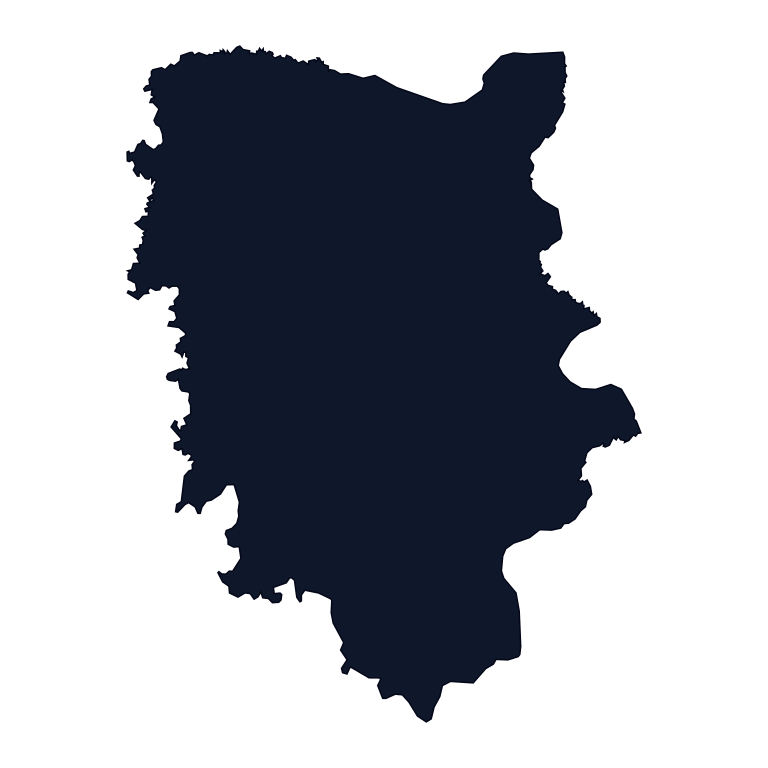 Hua Taphan, Amnat Charoen, Thailand
{"feature_id": "78962969B24763205139340", "entity_name": "Hua Taphan", "entity_type": "district", "adm_level": 2, "iso_a3": "THA", "parent_name": "Thailand", "parent_adm1": "Amnat Charoen", "projection": "natural_earth1", "projection_center": [104.518, 15.665], "detail": "fine", "context": "isolated", "style": "filled", "palette": "ink", "viewbox_px": 768, "rotation_deg": 0, "n_neighbors": 0, "source": "geoboundaries", "source_scale": "gbopen_adm2", "svg_char_len": 6026}
<svg xmlns="http://www.w3.org/2000/svg" viewBox="0 0 768 768"><path d="M564.9,104.1L562.2,102.8L564.9,98.2L561.2,92.4L561.7,90.6L563.1,91.6L562.4,89.3L564.4,86.1L563.6,81.9L565.4,82.4L565.1,78.6L566.8,76.0L565.1,72.6L565.0,67.0L566.2,66.1L564.5,63.5L564.6,56.9L562.8,52.2L528.6,54.1L513.7,53.0L501.3,56.3L483.6,75.1L482.9,78.9L484.3,83.2L482.3,90.0L465.0,102.1L450.3,104.5L442.6,103.7L396.7,87.6L374.9,75.5L363.1,78.3L348.5,73.7L340.5,74.1L334.6,70.6L330.1,69.7L328.5,70.9L328.3,66.1L323.3,64.4L323.2,61.6L321.6,62.2L319.3,58.1L317.0,57.9L317.6,59.7L315.7,61.8L314.9,59.6L308.7,61.1L308.4,64.6L303.2,61.0L298.1,63.1L295.2,59.6L293.7,60.3L291.1,57.2L286.6,55.3L285.2,58.4L281.4,57.5L280.4,55.7L274.7,58.1L271.8,55.7L273.1,54.4L272.4,52.6L269.2,51.3L266.1,53.8L265.3,51.6L263.2,51.4L263.2,48.8L261.4,51.0L259.6,48.3L258.3,51.1L256.7,51.2L256.5,54.2L251.6,53.0L249.6,54.0L249.6,50.8L243.1,49.6L239.8,46.1L236.7,47.3L230.2,54.3L227.4,50.7L227.0,52.7L224.3,53.8L224.9,51.9L223.1,49.7L222.7,51.7L220.3,50.5L220.4,52.9L214.1,52.7L212.9,55.0L209.3,54.4L207.3,55.9L198.8,52.7L194.2,55.2L192.5,52.5L190.5,52.4L180.9,55.7L180.1,61.0L174.4,65.9L170.7,64.2L165.2,69.7L161.4,67.7L152.8,69.8L151.3,71.6L151.5,76.3L149.0,79.3L149.8,85.1L146.3,85.9L143.7,88.9L144.9,91.2L152.2,89.4L151.2,94.9L154.9,96.9L151.1,99.0L149.9,102.5L153.0,102.5L159.0,108.9L154.0,120.4L155.9,124.4L159.9,126.8L162.4,133.9L163.3,141.9L161.2,145.0L158.5,145.2L155.5,148.9L153.0,149.5L145.6,144.4L144.2,140.7L142.8,140.3L140.5,143.6L137.9,144.4L134.6,152.0L129.7,153.4L128.8,151.3L127.1,152.1L127.3,160.9L129.3,161.6L132.2,159.8L134.0,162.1L135.4,165.7L133.3,170.0L137.4,176.1L139.0,176.2L139.1,172.6L140.3,171.9L145.4,178.5L148.8,179.2L150.2,177.2L151.8,177.6L151.8,183.2L154.2,179.9L156.7,181.6L154.2,185.4L154.5,188.3L152.3,190.0L153.4,194.0L147.6,197.8L149.7,200.9L152.2,197.5L153.7,200.5L147.3,203.0L146.8,204.2L149.5,207.3L144.9,208.7L145.9,211.8L148.5,211.2L148.1,216.3L142.4,216.5L139.9,220.6L135.0,223.3L142.6,229.6L146.4,230.3L143.0,233.2L144.9,235.9L142.1,237.3L143.2,240.2L142.6,244.4L139.7,245.1L139.6,248.1L134.0,249.2L138.2,254.7L137.1,257.7L139.9,263.2L133.4,263.5L131.6,269.8L127.6,270.8L129.7,272.0L128.1,274.3L128.2,279.4L135.5,283.1L136.9,290.5L133.4,292.6L128.3,290.9L127.4,292.8L138.1,299.5L143.7,293.9L148.8,293.2L147.7,290.7L150.1,287.5L155.5,290.3L159.6,289.8L161.9,285.7L166.1,285.9L169.0,288.0L172.0,286.2L177.3,286.2L179.3,288.7L179.4,294.8L174.1,300.9L174.9,305.5L170.1,306.6L169.0,308.9L174.9,311.6L176.8,318.3L174.1,321.7L169.5,321.7L168.0,325.9L179.0,327.5L185.9,333.4L185.0,335.9L180.3,338.4L180.8,341.8L176.3,345.1L176.7,348.1L174.9,351.1L180.7,354.1L182.1,357.0L183.8,352.1L185.8,352.3L185.8,356.4L188.5,357.8L187.0,363.1L189.4,368.6L185.5,369.6L182.6,368.2L181.2,370.2L179.8,369.0L168.2,373.5L166.6,376.7L167.4,379.3L169.5,380.4L175.5,381.2L178.5,379.5L180.0,388.3L181.9,390.9L188.4,392.0L189.8,393.5L188.8,400.7L190.6,405.2L190.7,413.8L183.9,418.3L186.8,424.8L181.4,426.5L180.8,430.3L179.7,430.8L176.4,425.7L177.2,422.0L174.9,420.8L171.1,427.0L181.3,438.7L180.5,441.0L174.4,443.0L174.3,448.4L178.2,450.4L182.1,448.6L183.0,454.4L185.2,455.0L187.8,453.4L191.0,454.7L191.4,456.7L188.7,460.4L193.4,459.8L194.7,461.2L192.1,464.6L192.5,469.7L188.9,470.9L184.4,476.1L181.3,501.7L176.7,504.4L175.6,511.7L177.7,512.2L184.8,504.7L188.6,502.6L195.1,506.9L197.9,513.3L200.2,513.4L201.9,507.2L206.3,501.2L211.3,500.1L220.5,494.0L226.4,484.8L234.1,484.6L239.4,502.2L238.2,510.7L238.8,516.2L236.8,523.4L231.9,528.4L226.3,530.5L225.3,533.9L228.0,539.3L228.1,544.2L233.7,547.1L239.2,546.6L240.9,558.4L232.6,571.3L229.3,571.1L226.0,574.1L221.8,574.0L218.9,571.7L217.9,572.7L222.7,581.9L228.9,586.2L229.5,593.0L238.0,597.1L245.1,592.9L250.2,593.6L254.1,599.2L257.9,596.9L260.9,592.0L262.7,597.8L268.4,598.5L272.4,602.7L278.7,602.3L281.0,600.0L281.7,594.6L280.1,593.1L274.2,593.6L273.4,587.4L286.3,582.8L289.6,578.0L291.6,577.7L294.5,580.4L296.8,597.3L299.9,601.8L301.4,600.9L301.4,595.0L304.8,590.2L318.6,593.0L330.7,598.8L331.8,600.4L331.2,612.7L333.2,623.1L343.7,642.6L340.6,650.1L347.1,659.8L341.5,668.4L342.6,672.7L347.0,674.0L349.7,667.8L351.1,667.3L369.0,677.8L379.8,677.9L380.6,679.6L377.7,685.5L382.7,698.4L385.9,698.4L395.3,694.2L402.3,694.8L408.9,702.1L417.5,716.1L426.3,721.9L431.2,718.9L434.1,707.0L439.8,696.6L442.4,685.6L450.5,681.4L473.2,682.9L485.7,668.6L493.4,664.1L496.0,659.4L507.8,659.9L518.2,656.6L519.8,654.5L520.7,646.5L519.2,611.1L516.0,592.9L503.8,578.3L501.4,571.0L502.7,556.2L505.7,548.8L513.4,543.2L529.5,537.6L539.7,529.7L551.7,530.1L560.7,528.1L564.1,523.6L568.6,523.2L575.1,518.9L580.7,510.8L585.4,506.8L586.8,500.3L591.7,494.3L590.4,486.4L587.1,480.0L584.0,482.0L582.5,480.5L581.1,481.5L578.2,480.3L581.5,475.8L580.9,468.4L585.9,462.3L584.6,461.1L586.9,452.8L592.3,447.6L599.5,445.9L603.3,443.2L604.3,443.8L603.2,446.1L605.2,447.0L609.4,445.2L613.3,437.5L616.2,439.9L618.2,436.3L620.5,439.7L625.0,440.6L624.5,442.4L628.9,440.4L633.3,435.0L635.6,436.2L637.7,433.4L640.9,432.9L636.3,421.1L633.9,419.0L634.5,414.0L632.5,408.4L621.4,389.2L610.8,384.5L595.6,389.4L581.5,388.6L570.1,381.9L562.5,373.7L558.2,365.6L559.4,359.3L570.5,341.2L579.9,332.3L597.0,325.1L600.1,322.3L600.0,318.4L596.8,316.6L596.4,313.5L594.0,315.7L593.1,311.8L591.9,313.1L589.5,310.7L589.3,307.5L583.6,308.9L584.0,305.5L582.8,305.1L582.4,301.8L580.4,303.6L577.3,303.2L575.2,301.7L575.2,299.6L571.6,299.7L571.9,297.4L569.1,295.0L567.9,291.6L566.2,293.1L564.0,291.2L560.8,291.5L558.5,294.0L555.7,290.4L552.2,289.0L552.5,286.6L548.1,285.4L546.2,282.8L550.4,276.7L548.0,273.5L544.9,275.7L540.1,273.8L542.9,270.9L540.5,267.3L541.4,264.4L539.7,263.6L540.3,261.6L538.8,260.2L538.9,252.5L542.8,249.0L544.9,250.0L547.8,248.8L551.1,244.7L560.2,238.8L561.9,232.7L557.7,209.1L542.2,200.1L531.6,189.2L531.3,182.1L529.3,181.0L532.3,179.1L529.7,177.6L529.6,174.7L533.0,169.7L533.6,165.2L529.3,158.2L531.2,152.9L539.2,146.2L545.1,137.0L548.1,137.7L553.7,132.3L555.5,128.2L554.5,125.3L562.7,111.8L564.9,104.1Z" fill="#0f172a" stroke="#020617" stroke-width="1.5"/></svg>